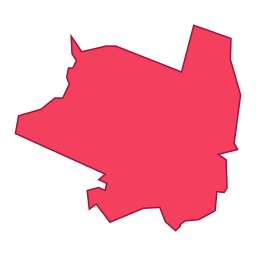 outline of Juba, Central Equatoria, South Sudan
{"feature_id": "79223893B61077901252755", "entity_name": "Juba", "entity_type": "district", "adm_level": 2, "iso_a3": "SSD", "parent_name": "South Sudan", "parent_adm1": "Central Equatoria", "projection": "orthographic", "projection_center": [31.407, 4.711], "detail": "fine", "context": "isolated", "style": "filled", "palette": "rose", "viewbox_px": 256, "rotation_deg": 0, "n_neighbors": 0, "source": "geoboundaries", "source_scale": "gbopen_adm2", "svg_char_len": 673}
<svg xmlns="http://www.w3.org/2000/svg" viewBox="0 0 256 256"><path d="M180.3,226.1L179.8,224.9L185.1,220.9L198.8,219.6L215.1,210.7L216.9,191.6L224.0,192.5L227.0,188.1L226.6,174.5L226.1,159.7L218.2,154.4L237.6,149.5L236.1,146.8L234.1,143.3L240.6,95.0L230.4,59.6L231.0,38.5L193.8,25.3L181.5,72.0L115.8,46.1L106.1,46.1L81.7,51.7L71.2,36.2L72.0,53.8L76.4,60.5L72.9,68.0L68.5,68.0L66.7,77.3L69.3,84.0L62.7,98.1L54.8,98.1L41.1,109.2L18.6,115.8L15.4,133.5L105.2,174.1L98.7,179.7L106.7,183.4L105.2,190.3L98.6,187.5L87.2,190.6L89.3,209.2L96.2,204.0L109.9,222.2L143.3,208.3L159.8,207.4L165.4,221.7L175.6,230.7L180.3,226.1Z" fill="#f43f5e" stroke="#9f1239" stroke-width="1.5"/></svg>